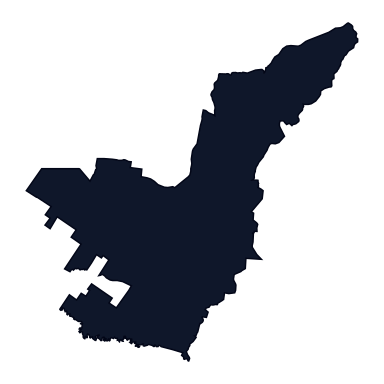 Beliu, Arad, Romania (Albers equal-area conic projection)
{"feature_id": "2599482B53045213319316", "entity_name": "Beliu", "entity_type": "district", "adm_level": 2, "iso_a3": "ROU", "parent_name": "Romania", "parent_adm1": "Arad", "projection": "albers", "projection_center": [21.977, 46.527], "detail": "fine", "context": "isolated", "style": "filled", "palette": "ink", "viewbox_px": 384, "rotation_deg": 0, "n_neighbors": 0, "source": "geoboundaries", "source_scale": "gbopen_adm2", "svg_char_len": 5922}
<svg xmlns="http://www.w3.org/2000/svg" viewBox="0 0 384 384"><path d="M189.6,358.6L189.3,357.4L187.5,354.7L186.3,351.5L188.1,349.3L188.6,347.3L189.8,345.6L189.7,344.2L193.1,341.5L196.1,337.4L194.8,336.0L195.8,336.0L197.2,332.5L197.7,332.0L199.6,324.3L199.8,323.7L200.1,323.9L202.4,322.2L203.2,320.8L203.1,319.3L202.0,317.4L202.3,316.8L206.4,317.4L208.1,312.1L205.1,309.6L205.8,308.9L206.1,308.0L209.0,307.2L210.6,304.8L213.1,305.0L215.9,304.4L217.1,304.7L217.5,304.3L217.5,303.4L222.5,300.3L222.4,299.9L223.6,299.5L224.5,292.8L228.8,293.6L234.7,292.8L235.6,290.3L235.9,285.3L235.7,284.2L233.7,280.3L233.5,278.9L234.1,274.8L235.0,274.1L240.8,271.6L242.0,270.5L245.3,268.6L245.9,258.3L261.4,259.3L256.8,254.5L252.3,247.3L252.2,245.5L253.0,242.1L253.4,233.5L251.9,233.3L254.1,232.6L254.1,231.3L257.0,231.4L256.8,228.0L257.7,224.3L256.7,222.9L253.1,220.0L253.6,213.2L251.3,211.7L262.2,198.8L263.1,190.7L260.9,189.0L257.9,187.4L258.5,186.1L258.2,184.4L258.6,183.6L258.0,181.8L258.1,180.9L257.9,180.2L252.2,180.1L253.8,178.9L254.3,177.9L254.2,175.0L254.6,173.1L255.3,171.5L255.3,170.3L256.1,167.1L257.5,165.0L258.8,162.3L263.3,156.8L264.0,154.9L267.0,150.3L268.1,147.4L270.0,144.1L271.7,143.4L275.3,143.8L278.9,142.5L284.5,136.3L279.8,127.0L279.4,125.4L279.4,123.4L280.0,121.1L282.1,120.8L283.7,121.0L284.8,122.6L286.6,124.5L289.3,123.3L291.9,125.6L292.7,124.6L295.8,123.8L298.7,121.5L299.0,120.2L298.7,118.7L298.0,117.8L297.8,115.7L299.2,113.4L302.2,110.4L302.6,109.3L302.5,108.5L303.6,106.4L303.2,104.1L303.8,104.4L308.3,104.4L311.1,103.8L312.5,103.0L315.7,101.0L319.2,96.6L320.5,94.4L320.7,91.0L324.3,88.6L329.0,87.1L331.1,86.9L331.8,85.9L331.6,81.6L331.9,79.8L332.6,79.1L333.7,78.8L334.0,78.2L333.8,74.5L334.2,73.6L336.9,71.4L337.6,69.9L338.7,68.6L339.1,67.3L339.9,66.2L340.6,64.6L340.7,62.6L341.7,60.2L342.7,59.5L344.4,55.8L346.0,54.8L348.4,51.1L353.6,47.7L354.2,45.1L355.2,43.5L357.6,41.9L357.7,38.9L356.0,37.5L356.2,35.0L356.7,33.8L355.7,32.0L353.6,30.4L352.7,28.7L352.6,26.3L351.3,24.9L348.4,23.0L347.5,23.2L343.1,26.7L340.3,27.8L335.4,28.2L328.8,32.3L308.6,40.2L305.7,41.5L301.0,45.1L298.3,46.2L290.9,45.6L286.7,46.1L282.8,48.7L278.8,54.5L274.8,57.0L272.5,60.6L271.3,63.0L269.1,65.4L268.1,66.0L267.6,67.2L265.9,67.7L265.7,69.6L264.1,73.6L263.9,71.8L263.5,70.7L262.0,69.5L260.9,69.5L255.5,70.1L247.4,73.1L242.9,72.3L241.0,73.2L240.2,72.7L237.5,73.0L235.7,72.5L232.7,72.6L231.5,73.3L231.3,74.6L230.8,75.1L229.4,74.7L228.8,73.9L227.1,73.7L226.0,74.0L219.3,73.8L218.7,74.9L218.6,76.9L217.7,80.3L214.7,83.0L214.2,84.2L214.5,87.2L214.2,89.5L212.0,91.9L211.0,94.3L211.1,95.5L212.1,97.2L212.5,99.6L213.9,102.5L215.1,107.0L215.0,109.2L214.6,110.4L214.8,115.7L213.7,114.9L208.5,112.8L205.8,110.6L203.3,110.0L202.0,116.9L202.2,118.2L201.9,120.5L200.5,125.3L197.1,143.8L193.3,149.0L192.5,151.0L191.3,159.2L191.8,163.4L191.6,165.1L190.8,168.7L190.8,171.2L189.9,174.9L188.4,176.7L174.8,187.7L172.8,186.7L167.8,187.5L164.3,187.2L158.0,184.7L154.4,181.4L150.7,179.0L147.0,177.8L141.1,176.7L141.8,169.1L130.3,167.6L131.2,161.8L128.5,161.5L125.1,159.9L123.8,159.7L122.0,160.3L118.7,160.4L116.7,159.8L112.1,159.2L103.9,158.6L97.3,158.6L96.0,165.7L96.6,168.3L96.2,169.5L95.7,169.6L94.2,174.2L93.3,174.9L90.0,181.2L79.6,168.9L78.9,168.7L41.7,168.7L26.3,190.7L36.3,197.1L36.5,196.8L51.2,206.5L45.3,214.8L50.2,218.2L45.0,225.1L50.1,228.7L57.2,216.8L76.2,229.8L71.2,237.2L81.1,244.1L64.6,268.9L70.0,271.7L71.2,269.9L72.6,269.4L73.5,270.1L75.0,268.4L76.3,268.8L78.4,268.3L80.1,269.9L80.8,269.4L82.3,269.5L83.5,269.0L84.0,269.1L84.4,269.9L84.9,269.9L85.2,269.2L86.8,269.9L91.4,263.1L96.5,254.6L101.4,257.9L103.1,255.5L108.9,259.9L98.8,275.6L100.7,275.2L101.6,274.6L102.9,274.6L104.7,275.9L106.4,277.8L110.1,280.0L112.6,280.5L117.2,280.5L122.7,281.6L131.4,285.8L128.8,290.4L116.3,307.9L109.0,303.0L112.2,298.1L91.6,283.9L87.7,289.1L89.6,290.5L85.9,296.2L81.2,293.3L76.6,300.0L69.4,294.8L59.9,309.1L59.9,309.5L60.8,310.3L62.2,309.9L62.3,307.8L63.7,308.2L65.2,311.7L66.6,311.0L67.0,312.9L66.9,314.3L67.4,314.8L69.0,313.7L69.9,313.9L69.6,315.4L69.8,316.1L71.8,316.5L74.0,317.8L73.7,318.9L74.6,319.6L75.8,319.6L78.3,321.4L81.5,321.5L82.4,323.3L80.0,323.5L82.3,324.4L82.0,326.5L82.1,327.8L79.7,328.1L79.2,329.0L81.0,329.6L79.0,331.5L79.9,332.7L81.7,331.6L82.6,332.0L82.4,333.7L83.2,335.2L83.2,337.2L83.6,337.9L84.5,338.7L85.0,338.6L84.8,336.8L85.2,336.5L86.8,337.7L87.3,337.5L87.1,334.8L87.4,334.1L87.9,334.0L89.0,334.7L89.0,335.4L89.7,336.2L89.8,337.6L90.4,337.9L91.5,337.0L92.5,336.8L92.5,338.1L92.9,338.7L95.2,340.4L95.8,340.4L96.6,338.2L95.2,337.1L95.3,336.6L98.9,334.8L99.2,335.4L97.8,336.5L97.5,337.8L99.3,338.8L101.0,340.6L101.9,340.4L102.2,338.0L102.9,337.3L104.1,337.2L104.5,337.6L104.4,338.1L103.8,338.6L103.7,339.6L103.8,340.4L104.8,341.0L105.2,340.6L105.1,339.0L105.5,338.6L106.0,338.7L106.0,340.3L106.6,340.8L107.6,340.8L108.1,339.4L108.7,338.9L109.0,339.2L108.8,340.3L109.5,340.8L110.0,340.4L110.1,339.0L111.3,337.6L113.5,338.5L114.5,337.2L115.4,338.2L117.4,338.4L117.3,340.3L119.0,340.0L119.0,341.4L119.5,341.8L119.9,340.4L120.6,339.7L122.2,341.1L123.1,341.2L122.5,339.7L123.6,339.1L123.9,336.4L125.2,336.3L125.7,337.0L124.7,337.7L124.7,338.1L126.6,338.7L126.8,339.7L127.3,340.1L127.7,339.9L127.7,339.0L128.7,339.1L129.1,338.5L131.7,339.1L131.8,340.2L131.5,340.4L130.4,340.0L130.7,341.8L129.8,342.3L131.4,343.6L131.7,343.5L132.3,342.1L135.7,341.9L135.7,342.4L134.7,342.9L134.6,343.4L135.9,343.6L136.7,344.3L135.5,345.5L135.5,346.2L136.8,346.1L138.2,347.3L139.2,347.1L139.5,346.5L138.0,345.8L137.6,344.6L140.9,344.9L142.9,343.7L143.3,343.9L142.9,344.8L143.3,345.8L144.2,346.1L147.4,345.2L148.6,344.4L152.1,345.4L153.7,346.5L154.4,346.4L154.3,345.5L154.9,345.0L155.3,345.1L156.4,346.6L158.0,346.6L159.0,345.2L160.4,345.8L161.1,346.6L172.6,349.6L182.8,352.7L181.6,355.4L183.2,356.7L183.7,357.6L183.7,358.9L184.4,359.3L186.4,358.6L187.0,358.8L188.2,360.9L188.7,361.0L189.6,358.6Z" fill="#0f172a" stroke="#020617" stroke-width="1.5"/></svg>